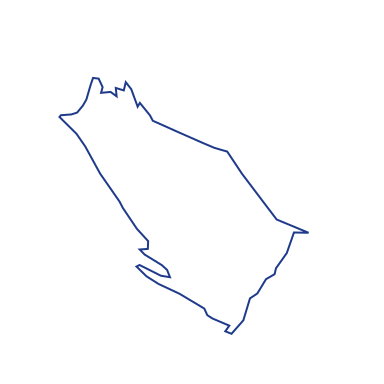 outline of Cumberland, Pennsylvania, United States of America, rotated 245°
{"feature_id": "52423323B93457289425751", "entity_name": "Cumberland", "entity_type": "district", "adm_level": 2, "iso_a3": "USA", "parent_name": "United States of America", "parent_adm1": "Pennsylvania", "projection": "robinson", "projection_center": [-77.222, 40.136], "detail": "fine", "context": "isolated", "style": "outline", "palette": "blue", "viewbox_px": 384, "rotation_deg": 245, "n_neighbors": 0, "source": "geoboundaries", "source_scale": "gbopen_adm2", "svg_char_len": 933}
<svg xmlns="http://www.w3.org/2000/svg" viewBox="0 0 384 384"><g transform="rotate(245 192 192)"><path d="M316.0,103.6L293.6,111.9L278.3,114.5L247.5,116.5L213.9,122.3L206.6,122.6L181.9,126.5L166.0,131.5L159.1,127.9L162.0,120.3L155.2,122.7L138.4,133.8L131.9,136.5L124.1,136.0L129.3,128.4L148.0,113.6L147.9,110.2L134.9,115.1L122.8,122.8L105.0,137.7L81.1,153.9L73.9,153.8L68.7,157.1L55.1,169.3L51.7,163.3L46.8,167.9L54.0,184.3L71.1,199.6L72.4,208.3L81.7,222.2L82.6,232.1L87.4,235.9L96.6,252.1L112.2,267.3L105.8,280.4L124.6,263.2L131.3,257.1L150.2,253.0L187.5,245.0L213.8,241.0L216.7,237.6L222.7,230.8L232.0,222.4L253.6,203.5L273.1,186.6L279.2,186.3L294.8,182.4L292.3,178.8L310.8,180.4L319.5,178.4L312.9,173.1L318.5,166.9L310.6,164.1L317.1,160.5L320.3,151.5L324.8,155.3L334.2,155.3L337.2,150.5L331.8,145.3L320.4,135.3L316.4,129.6L312.5,121.4L313.3,115.4L317.0,105.6L316.0,103.6Z" fill="none" stroke="#1e3a8a" stroke-width="2"/></g></svg>